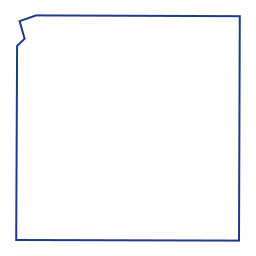 Kalkaska, Michigan, United States of America (Albers equal-area conic projection)
{"feature_id": "52423323B14984723177246", "entity_name": "Kalkaska", "entity_type": "district", "adm_level": 2, "iso_a3": "USA", "parent_name": "United States of America", "parent_adm1": "Michigan", "projection": "albers", "projection_center": [-85.144, 44.685], "detail": "fine", "context": "isolated", "style": "outline", "palette": "blue", "viewbox_px": 256, "rotation_deg": 0, "n_neighbors": 0, "source": "geoboundaries", "source_scale": "gbopen_adm2", "svg_char_len": 213}
<svg xmlns="http://www.w3.org/2000/svg" viewBox="0 0 256 256"><path d="M239.0,240.6L239.8,16.2L36.1,15.4L19.6,21.1L24.6,38.7L17.1,45.9L16.2,240.0L239.0,240.6Z" fill="none" stroke="#1e3a8a" stroke-width="2"/></svg>